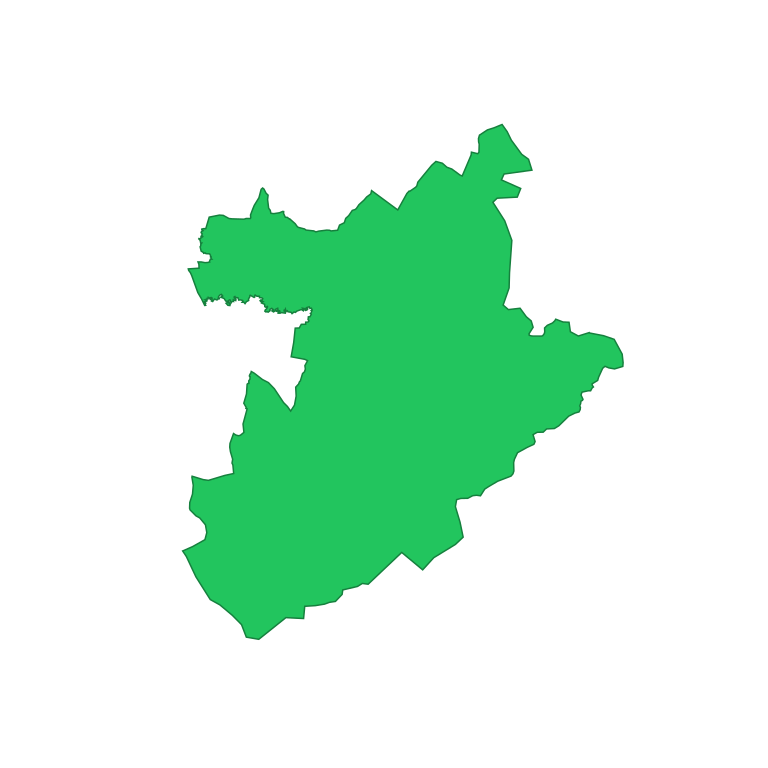 Sabon Gari, Kaduna, Nigeria, rotated 288°
{"feature_id": "59680162B7149387462115", "entity_name": "Sabon Gari", "entity_type": "district", "adm_level": 2, "iso_a3": "NGA", "parent_name": "Nigeria", "parent_adm1": "Kaduna", "projection": "mercator", "projection_center": [7.722, 11.165], "detail": "fine", "context": "isolated", "style": "filled", "palette": "green", "viewbox_px": 768, "rotation_deg": 288, "n_neighbors": 0, "source": "geoboundaries", "source_scale": "gbopen_adm2", "svg_char_len": 6171}
<svg xmlns="http://www.w3.org/2000/svg" viewBox="0 0 768 768"><g transform="rotate(288 384 384)"><path d="M163.0,244.1L158.8,249.4L142.5,264.7L125.3,285.4L123.2,296.2L117.1,311.3L111.1,322.9L100.7,331.3L102.5,343.8L131.5,362.9L136.1,380.0L148.1,377.3L152.0,387.2L156.3,395.5L159.5,399.6L162.2,405.0L171.0,409.2L175.4,408.4L183.3,421.4L187.6,425.0L188.7,430.8L229.3,452.9L219.2,478.2L234.2,485.0L253.5,501.5L262.8,506.6L276.1,499.0L289.4,489.8L296.5,488.8L298.9,492.4L301.2,499.0L305.2,502.9L306.8,506.4L307.5,510.3L315.2,512.3L319.0,515.4L326.6,522.1L335.7,533.3L338.4,534.4L341.4,534.4L349.3,531.6L352.6,531.3L359.9,532.2L368.0,539.8L373.0,545.2L375.9,545.5L381.9,541.4L385.4,544.6L387.4,550.3L391.5,552.5L394.3,559.8L398.3,563.2L410.5,569.6L415.3,574.5L417.7,578.1L420.2,578.5L422.6,578.0L423.6,576.9L426.0,577.1L428.5,576.6L429.8,577.8L430.9,578.0L434.4,574.8L437.4,574.8L440.7,580.4L441.4,582.6L444.6,583.2L445.9,584.1L447.3,582.3L448.5,581.9L453.4,586.1L456.8,586.0L466.5,587.1L469.1,588.7L468.8,592.9L469.6,598.6L474.5,605.7L478.2,604.8L486.0,601.3L497.6,589.1L497.8,577.9L496.0,563.5L496.3,563.3L489.7,554.0L491.3,545.1L499.9,540.9L498.3,535.1L498.7,527.3L496.9,526.9L494.1,525.4L490.3,521.2L486.9,519.4L483.4,520.7L481.6,520.9L478.9,520.0L478.2,518.9L475.3,509.8L475.2,507.1L476.6,506.4L484.0,508.3L489.5,504.5L491.9,498.6L498.1,490.0L493.2,479.3L495.9,472.9L514.0,473.3L528.6,469.0L560.1,461.2L576.5,448.4L590.5,431.4L595.7,434.2L602.9,453.0L612.2,453.6L614.4,432.6L620.8,433.3L633.1,458.6L642.4,452.0L645.0,444.0L655.2,429.8L662.1,423.1L667.3,416.1L661.6,409.4L657.6,403.8L650.2,397.9L646.6,398.0L643.4,399.2L641.6,400.4L633.7,402.7L632.0,402.0L631.5,395.5L628.7,396.1L606.0,394.1L606.2,391.7L609.4,382.1L609.6,376.8L612.0,371.3L611.7,364.6L606.8,361.8L586.4,353.8L582.6,354.0L580.9,353.3L575.3,349.0L575.3,348.3L572.3,346.9L553.8,343.3L564.1,312.4L560.7,312.7L556.5,309.7L552.8,308.2L546.9,304.8L542.4,303.5L541.0,302.6L539.3,300.2L533.2,298.4L529.7,296.4L525.1,296.4L521.4,292.6L515.9,292.4L513.2,286.3L513.4,284.8L512.7,282.1L509.3,274.8L507.6,272.2L507.9,269.9L506.3,262.3L506.9,260.5L506.5,254.3L506.8,253.0L509.0,250.0L511.9,243.4L511.6,243.2L512.6,240.6L512.1,238.6L515.1,235.8L517.0,235.3L516.9,234.4L514.5,231.6L512.0,226.6L511.4,223.7L514.1,222.1L515.5,220.0L523.4,216.3L527.8,215.4L529.0,212.9L532.3,209.6L532.9,208.0L531.2,207.0L522.5,207.5L513.8,205.4L509.8,205.1L503.5,204.8L500.9,205.9L500.1,205.7L498.8,201.7L497.5,200.0L494.1,188.4L493.5,185.4L494.7,179.0L493.8,175.3L488.7,166.2L476.7,166.5L476.0,164.4L475.0,162.8L474.4,163.1L473.9,164.5L472.6,163.3L471.4,163.3L470.7,164.7L469.2,164.7L468.2,166.1L467.6,165.7L467.7,164.4L466.2,164.8L465.0,164.1L465.2,163.1L464.8,163.0L463.8,164.8L461.4,166.1L461.7,167.1L460.2,166.6L458.8,167.0L457.7,166.7L453.9,169.0L453.2,171.8L452.6,172.1L453.4,173.4L453.0,173.8L453.1,175.0L453.9,177.9L452.9,179.1L451.2,179.8L451.4,180.4L449.9,180.8L449.5,181.6L449.0,180.3L446.3,180.1L446.1,180.4L445.2,179.0L444.1,176.3L443.6,172.5L442.6,169.4L440.6,171.0L437.0,172.3L433.0,162.3L431.7,163.1L430.0,165.5L427.6,167.7L413.4,178.7L408.5,184.2L403.3,189.2L403.7,190.0L404.4,189.1L405.5,189.6L406.0,189.3L406.1,188.0L406.8,187.9L408.2,189.9L408.8,189.8L408.9,187.8L409.9,189.1L410.8,189.3L410.7,190.0L409.9,190.5L412.1,190.1L411.8,191.4L410.7,192.7L411.5,193.5L412.4,192.2L412.9,192.9L412.6,194.0L410.9,194.5L409.6,194.3L409.5,195.6L412.4,196.5L412.3,199.1L412.9,199.7L414.4,199.9L414.0,200.7L414.2,201.1L414.9,200.9L415.1,199.8L415.6,199.6L417.6,200.2L419.0,201.6L418.0,203.3L417.5,203.4L417.0,203.2L417.0,202.3L416.1,202.0L415.9,205.5L414.0,207.8L414.1,209.5L412.8,209.6L412.0,208.8L410.6,211.2L410.9,212.8L411.0,213.2L411.8,213.1L412.9,212.2L413.2,211.1L414.1,211.6L414.4,210.4L415.1,210.2L416.3,211.1L416.3,211.8L413.8,213.5L415.2,213.9L416.0,214.8L416.0,215.4L417.5,214.7L417.5,217.2L418.9,217.0L419.6,214.9L420.6,214.6L421.2,215.2L420.4,216.1L420.9,218.4L418.9,220.0L419.6,221.2L419.8,223.8L419.2,224.3L417.9,223.8L418.4,225.6L417.5,227.0L419.8,227.7L421.6,229.5L422.9,228.9L425.4,229.4L426.8,229.1L427.1,229.4L426.2,233.7L426.8,234.2L428.3,233.6L428.8,233.9L428.2,236.1L429.0,238.4L427.6,238.9L428.2,241.1L427.8,242.3L425.6,242.2L426.0,241.0L424.9,240.4L424.5,241.1L424.9,243.5L423.9,242.9L424.1,242.2L423.2,242.3L422.9,245.8L420.8,246.7L420.5,247.4L420.6,248.1L421.7,249.1L421.4,249.4L419.3,249.1L417.8,248.2L416.4,248.2L416.0,249.5L416.7,250.3L416.5,251.6L418.5,253.0L418.9,252.5L420.0,252.6L421.3,253.9L420.4,256.2L419.8,255.9L419.5,254.8L418.9,254.8L418.4,256.7L420.3,258.2L421.5,257.8L423.2,259.5L421.9,260.2L420.9,259.8L420.5,258.7L419.9,259.2L421.2,261.5L421.4,262.1L420.9,262.6L419.8,262.4L419.9,261.4L419.5,261.1L418.6,261.4L419.3,263.4L420.2,264.4L420.9,268.3L422.3,268.3L422.9,267.1L422.4,266.7L422.7,266.3L423.4,266.2L423.9,267.0L424.8,267.1L423.7,267.8L423.3,269.0L423.8,269.5L423.0,270.3L423.5,273.5L422.5,274.8L424.7,276.2L424.7,277.6L426.5,278.7L429.3,282.4L428.7,284.7L429.6,284.7L430.9,283.2L431.2,285.6L429.9,286.2L429.7,286.7L430.8,288.0L431.8,288.3L432.2,288.0L431.8,286.9L432.6,286.6L434.3,289.0L433.0,290.2L433.7,291.5L432.5,292.6L431.6,292.1L431.6,292.8L428.7,292.7L428.4,292.3L427.8,293.3L425.1,292.8L424.5,291.3L421.7,291.9L421.3,292.8L420.2,293.1L419.4,292.5L418.6,290.4L416.6,291.0L415.2,286.9L411.1,286.1L409.7,282.3L395.6,285.3L381.2,287.3L383.0,301.1L382.6,304.1L377.0,303.1L373.9,304.6L371.0,304.6L368.8,303.3L361.2,303.5L359.9,302.9L357.6,302.8L353.7,301.0L345.3,304.2L336.3,305.4L329.4,303.6L332.8,299.1L335.3,294.2L345.6,281.2L349.6,273.7L350.7,267.0L354.2,257.2L354.9,253.9L352.4,254.0L352.2,253.6L350.4,253.4L349.6,253.8L349.6,254.4L347.1,255.0L345.2,254.4L342.8,255.3L342.4,254.4L341.5,253.9L332.0,256.3L322.4,256.6L319.1,260.2L318.1,260.2L318.1,261.5L302.4,262.3L294.7,265.7L290.8,263.2L289.8,261.5L289.7,258.8L290.4,256.2L279.9,255.9L276.3,256.8L272.1,258.9L265.7,263.3L261.8,263.9L260.3,265.3L252.4,268.7L247.9,260.9L238.1,246.8L237.2,241.6L237.0,230.0L236.0,230.1L228.7,233.9L220.1,235.9L211.3,235.9L205.7,237.5L204.3,238.5L200.5,245.9L199.7,250.1L194.9,257.7L187.9,261.4L180.6,261.8L170.2,252.2L163.0,244.1Z" fill="#22c55e" stroke="#15803d" stroke-width="1.5"/></g></svg>